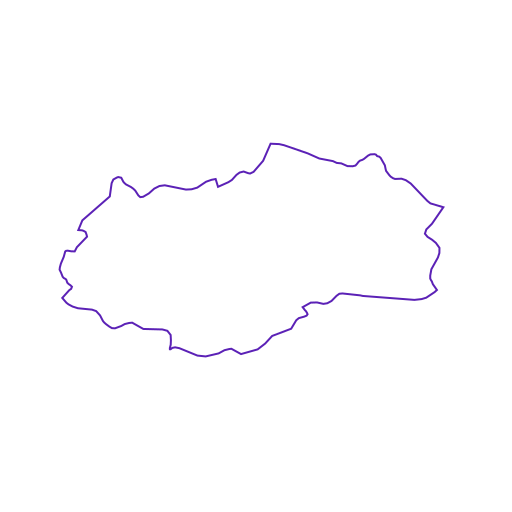 an SVG outline of Berat, rotated 312°
{"feature_id": "ALB-1523", "entity_name": "Berat", "entity_type": "County", "adm_level": 1, "iso_a3": "ALB", "parent_name": "Albania", "parent_adm1": "", "projection": "albers", "projection_center": [20.072, 40.618], "detail": "fine", "context": "isolated", "style": "outline", "palette": "violet", "viewbox_px": 512, "rotation_deg": 312, "n_neighbors": 0, "source": "natural_earth", "source_scale": "10m", "svg_char_len": 2319}
<svg xmlns="http://www.w3.org/2000/svg" viewBox="0 0 512 512"><g transform="rotate(312 256 256)"><path d="M217.4,98.8L221.2,100.1L222.5,100.8L224.0,103.5L222.4,107.7L222.2,109.3L222.2,111.5L223.6,116.9L223.9,119.8L223.8,122.5L222.3,128.0L222.3,130.6L224.5,132.5L230.8,134.5L238.0,135.3L243.4,137.4L247.5,140.9L258.5,159.5L262.5,163.5L267.5,166.6L277.8,169.2L282.9,172.0L286.2,174.5L282.0,181.5L292.4,186.1L296.4,187.2L303.2,187.2L307.1,188.0L310.5,190.3L312.3,194.7L313.3,196.4L316.9,197.9L331.5,197.6L349.2,191.7L354.7,198.4L357.1,202.7L366.9,225.8L370.8,237.8L378.0,249.7L379.2,253.7L381.9,257.4L384.0,263.8L387.4,267.8L389.8,269.4L392.3,269.4L394.6,269.2L396.5,269.5L398.6,270.7L400.5,271.3L405.6,272.1L408.0,273.0L411.0,276.0L411.6,277.4L411.3,279.2L412.3,281.1L412.3,283.0L409.6,291.1L407.3,294.2L406.3,295.7L405.3,300.8L405.1,303.0L405.5,305.8L406.3,307.8L410.8,312.4L412.6,316.6L413.4,322.5L411.6,346.4L411.8,350.4L417.6,362.6L397.7,365.2L389.7,364.8L385.6,366.6L385.0,370.7L385.9,376.0L386.1,380.9L384.8,386.9L380.9,390.3L376.6,392.2L363.5,395.2L358.0,398.6L355.8,400.6L355.1,402.3L354.8,403.6L353.4,406.3L351.8,413.2L348.7,412.9L338.9,410.4L334.8,407.9L329.4,403.1L297.7,362.0L296.5,359.8L286.0,345.3L283.7,343.2L280.3,342.5L273.1,342.2L268.6,340.6L265.5,338.1L262.3,332.4L258.0,327.9L249.2,324.9L248.5,328.5L248.4,330.1L247.8,332.1L247.2,333.3L245.5,333.5L243.2,332.4L238.5,329.4L235.2,328.9L225.5,330.8L207.4,321.5L197.1,321.4L187.7,319.7L173.1,310.5L170.6,299.8L169.0,298.4L164.9,295.6L158.6,293.4L147.7,285.8L142.8,279.1L136.2,260.7L134.0,257.0L131.7,255.3L129.5,254.9L129.1,254.4L129.9,253.6L133.0,252.0L136.4,249.2L140.2,245.4L141.1,240.2L138.8,235.6L126.4,221.1L123.6,208.6L121.3,206.5L117.6,204.0L113.8,202.7L107.9,199.6L106.0,197.2L105.4,194.2L105.0,190.0L105.0,187.6L105.3,185.7L107.5,179.9L108.1,174.1L106.4,170.0L98.0,158.6L95.7,153.5L94.6,149.0L94.4,146.4L95.2,140.1L105.7,140.1L107.9,140.6L110.0,139.8L110.1,137.8L109.8,135.6L109.9,133.6L111.5,130.7L111.4,129.5L111.0,127.9L111.2,126.2L113.2,122.2L114.4,119.2L116.4,117.8L119.8,116.1L126.7,113.7L131.7,111.2L132.7,111.4L133.9,112.4L135.9,115.6L138.1,118.2L142.7,117.0L157.3,117.5L158.4,115.9L159.8,113.3L159.3,111.0L158.7,109.6L156.4,106.6L166.3,103.1L202.4,107.5L213.5,100.0L217.4,98.8Z" fill="none" stroke="#5b21b6" stroke-width="2"/></g></svg>